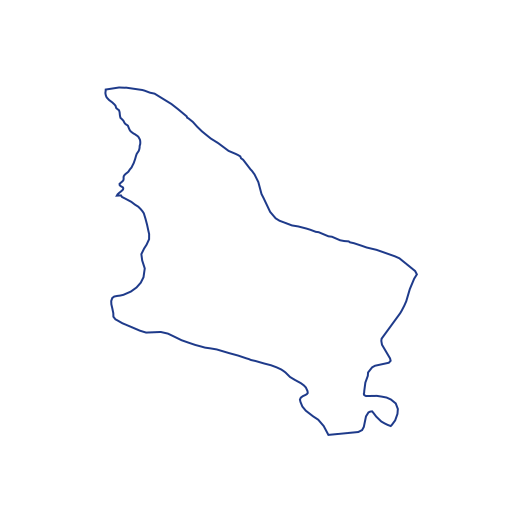 the district of El Tumbador, San Marcos, Guatemala, rotated 257°
{"feature_id": "79465075B55604290540821", "entity_name": "El Tumbador", "entity_type": "district", "adm_level": 2, "iso_a3": "GTM", "parent_name": "Guatemala", "parent_adm1": "San Marcos", "projection": "natural_earth1", "projection_center": [-91.93, 14.845], "detail": "fine", "context": "isolated", "style": "outline", "palette": "blue", "viewbox_px": 512, "rotation_deg": 257, "n_neighbors": 0, "source": "geoboundaries", "source_scale": "gbopen_adm2", "svg_char_len": 3396}
<svg xmlns="http://www.w3.org/2000/svg" viewBox="0 0 512 512"><g transform="rotate(257 256 256)"><path d="M60.0,349.0L60.9,350.4L64.5,354.6L70.3,358.3L75.0,359.8L80.9,359.0L85.8,355.2L88.7,351.4L90.7,346.9L92.5,342.4L94.8,331.7L95.4,330.9L96.5,330.0L97.5,330.1L98.4,330.6L100.1,331.1L108.1,334.1L114.1,338.0L117.3,339.0L121.4,344.1L122.3,347.3L122.1,361.4L123.6,363.6L126.0,363.6L141.2,358.8L145.1,359.0L147.2,359.8L167.8,383.6L169.9,385.6L174.1,389.2L178.1,392.2L189.1,398.4L198.3,405.0L201.9,408.6L205.5,407.7L216.4,399.2L221.5,395.2L224.5,391.2L229.9,382.7L230.8,381.3L234.9,374.8L239.4,365.7L242.2,361.3L246.5,354.2L248.2,350.6L249.4,349.6L250.7,345.4L252.4,341.5L257.7,334.3L258.9,331.0L265.1,322.4L266.1,319.7L269.3,314.9L271.4,311.3L275.3,303.8L277.7,297.9L285.1,286.8L288.3,283.6L295.8,279.7L310.8,276.4L315.2,275.3L327.5,274.9L335.9,272.9L337.0,272.4L339.2,271.5L340.4,270.9L341.5,270.2L352.7,265.1L354.6,263.4L356.6,263.1L358.5,261.1L360.1,259.1L364.6,252.9L374.3,244.7L380.6,238.4L386.2,234.0L389.7,231.3L395.3,227.7L400.9,224.6L405.2,221.2L406.3,220.0L407.6,219.9L416.8,212.9L423.1,207.8L437.0,193.7L439.0,189.4L442.2,184.6L443.3,182.6L449.3,167.2L449.4,166.2L451.0,160.5L452.0,147.0L450.6,146.6L449.5,146.2L448.7,145.9L446.9,145.8L445.6,145.9L444.7,146.0L443.5,146.5L441.6,147.6L440.8,148.1L439.8,149.0L438.8,149.8L437.9,150.6L436.6,151.4L435.8,152.0L434.1,152.9L432.8,153.0L431.6,153.1L430.5,153.9L428.8,155.3L427.5,155.4L426.5,155.4L424.2,155.1L423.0,155.0L421.1,155.0L420.0,155.8L418.4,156.8L417.4,157.3L416.1,157.6L414.8,158.0L413.7,158.7L412.7,159.7L411.8,160.5L409.0,160.9L407.1,161.3L405.7,161.9L404.3,163.0L402.9,164.2L402.0,165.3L401.1,166.1L399.7,167.4L398.9,168.0L398.0,168.4L396.8,168.7L395.8,169.0L394.9,169.1L393.1,168.9L391.2,168.4L389.4,167.4L387.6,166.9L386.1,166.2L384.7,165.3L383.6,164.1L382.4,162.8L380.7,161.7L377.6,160.0L374.1,157.8L371.7,155.8L370.2,154.6L368.9,152.8L368.0,151.8L366.9,150.7L366.3,149.6L365.7,148.3L365.3,147.4L364.4,146.0L363.5,145.1L362.6,144.7L361.1,144.4L360.0,144.0L359.3,143.4L358.6,142.3L358.1,141.3L357.6,140.4L357.0,139.3L355.8,139.1L354.7,139.7L353.7,140.8L352.7,141.8L351.9,141.9L350.7,141.4L349.7,139.8L349.2,138.8L348.4,137.1L347.3,135.1L346.1,134.0L345.4,138.1L343.8,138.6L336.8,146.7L333.3,149.6L330.5,152.4L327.6,154.2L325.0,155.5L322.8,156.3L317.1,156.7L311.0,156.9L305.3,156.8L301.4,156.8L296.4,155.6L291.6,151.9L288.5,148.7L283.6,144.7L277.3,144.1L268.9,144.8L260.6,141.6L255.9,137.7L252.2,132.5L249.5,126.1L248.0,118.1L248.0,116.8L248.0,114.6L248.3,111.9L248.4,108.7L247.4,106.5L244.7,104.8L241.5,104.2L237.2,104.2L232.4,104.1L228.9,103.4L225.9,104.8L224.5,106.4L220.6,110.6L209.4,126.0L208.0,128.4L206.1,131.7L203.4,146.1L200.2,152.7L197.5,156.1L194.6,159.7L190.7,164.5L186.9,170.5L183.0,176.8L180.3,181.9L178.2,185.7L176.3,190.7L173.8,196.7L170.0,203.4L167.5,207.8L163.0,216.2L158.5,223.5L157.2,225.8L155.8,227.7L153.8,231.9L149.3,240.0L146.2,246.0L142.9,251.0L139.8,255.0L137.8,256.9L135.9,258.5L130.5,261.9L126.6,265.9L122.0,271.1L119.2,273.5L116.7,275.0L112.8,275.8L110.9,275.6L110.0,274.5L109.5,273.0L108.9,270.1L107.9,267.8L106.2,266.5L103.8,266.5L98.9,267.3L94.1,269.7L87.0,275.5L82.5,279.8L75.1,283.7L65.4,286.3L61.5,316.0L62.5,320.2L65.2,322.6L75.0,327.1L78.3,330.4L78.7,332.3L78.5,334.2L76.7,335.1L72.5,337.0L66.6,340.8L64.0,343.6L61.8,346.3L60.0,349.0Z" fill="none" stroke="#1e3a8a" stroke-width="2"/></g></svg>